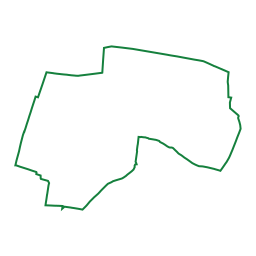 outline of Melchor Ocampo, México, Mexico
{"feature_id": "50627088B63143835112864", "entity_name": "Melchor Ocampo", "entity_type": "district", "adm_level": 2, "iso_a3": "MEX", "parent_name": "Mexico", "parent_adm1": "México", "projection": "albers", "projection_center": [-99.133, 19.708], "detail": "fine", "context": "isolated", "style": "outline", "palette": "green", "viewbox_px": 256, "rotation_deg": 0, "n_neighbors": 0, "source": "geoboundaries", "source_scale": "gbopen_adm2", "svg_char_len": 3008}
<svg xmlns="http://www.w3.org/2000/svg" viewBox="0 0 256 256"><path d="M98.5,193.4L98.8,193.0L99.9,191.9L100.0,191.7L101.6,190.0L102.7,188.9L103.6,188.0L104.3,187.3L106.1,185.5L107.9,183.8L109.2,183.2L111.0,182.4L112.8,181.4L113.2,181.1L113.7,181.0L114.0,180.9L116.2,180.2L118.2,179.6L119.9,179.1L120.9,178.8L121.9,178.5L123.5,177.6L125.4,176.3L126.0,175.9L126.6,175.3L127.2,174.8L127.4,174.6L129.1,173.3L130.9,171.9L131.9,171.1L132.7,170.3L133.5,169.6L133.7,169.2L134.7,167.1L134.6,166.0L134.6,165.8L135.0,164.8L135.3,164.4L136.6,164.3L136.2,163.0L135.6,161.8L135.7,161.4L135.8,160.4L137.1,151.3L136.9,150.2L137.5,145.7L137.8,144.2L138.0,142.5L138.2,140.6L138.6,136.9L140.6,137.1L141.1,136.9L142.2,137.1L142.5,137.1L143.8,137.3L145.1,137.3L146.6,137.8L148.2,138.2L148.8,138.7L153.8,139.5L154.8,139.7L155.7,139.8L156.0,139.9L157.0,140.2L159.3,141.0L159.9,141.9L160.6,142.3L163.0,143.5L165.2,144.9L166.9,146.1L167.0,146.2L168.8,147.2L169.8,147.5L171.5,147.5L172.8,147.9L173.4,148.4L174.9,149.9L177.0,151.9L178.4,153.4L179.4,154.1L180.8,154.9L182.1,155.8L184.4,157.6L186.9,159.2L190.4,161.7L192.3,163.1L195.0,164.5L197.0,165.4L199.0,166.2L200.6,166.3L202.6,166.4L207.4,167.3L212.4,168.5L214.1,168.9L215.0,169.2L216.4,169.6L219.2,170.4L220.4,170.8L221.4,169.4L222.6,167.7L224.6,164.8L225.4,163.6L226.3,162.4L226.7,161.8L228.2,159.2L229.0,157.8L229.7,156.3L230.4,154.7L231.1,153.0L231.7,151.6L232.3,150.2L234.0,145.9L235.7,141.6L237.3,137.3L239.0,133.1L240.6,128.8L240.2,125.1L239.4,121.9L238.2,118.3L238.2,117.4L238.7,116.1L238.4,115.4L234.0,111.6L231.0,109.0L230.1,108.3L230.0,106.6L229.9,102.5L231.2,97.6L228.4,97.2L228.3,91.4L228.2,85.5L227.8,82.8L227.7,81.8L228.1,77.0L228.6,72.2L225.6,70.9L220.5,68.7L215.4,66.5L214.6,66.2L213.9,66.0L213.4,65.7L208.2,63.3L203.9,61.4L202.9,61.1L198.6,60.3L194.3,59.6L190.0,58.8L185.6,58.0L181.3,57.2L177.0,56.4L171.3,55.5L169.0,55.1L167.5,54.8L145.7,51.1L132.7,48.9L122.1,47.6L111.5,46.4L107.7,47.1L104.0,47.9L103.1,60.3L102.3,72.7L102.1,72.8L99.5,73.1L94.9,73.7L87.7,74.6L83.6,75.1L80.2,75.5L78.2,75.8L75.7,75.7L75.1,75.6L71.5,75.3L68.1,74.9L66.9,74.7L64.3,74.5L61.3,74.2L60.5,74.1L59.7,74.0L56.7,73.7L56.1,73.6L53.7,73.3L53.4,73.2L50.4,72.8L47.1,72.4L46.5,72.3L42.3,84.8L38.0,97.3L36.3,96.8L35.6,96.6L34.4,100.5L33.1,104.4L31.8,108.4L30.6,112.3L29.3,116.2L28.1,120.1L26.8,124.0L25.6,127.9L24.3,131.8L24.1,131.7L22.9,135.2L20.9,142.9L19.9,147.2L19.0,151.5L18.9,151.8L18.1,154.7L16.6,160.1L15.4,165.3L16.0,165.3L20.0,166.7L24.1,168.0L28.2,169.3L32.2,170.7L36.3,172.0L36.5,172.3L36.3,174.1L40.6,175.5L40.7,178.5L40.9,178.9L47.7,180.8L48.0,180.9L49.1,183.1L48.6,185.0L48.4,186.1L47.9,189.6L47.2,194.2L47.1,194.4L46.5,198.7L45.8,203.1L45.5,205.3L50.5,205.5L54.5,205.7L58.6,205.8L62.6,206.0L62.2,208.7L64.5,206.7L69.6,207.4L71.1,207.6L71.4,207.7L73.5,208.0L76.0,208.4L77.1,208.6L77.3,208.6L78.3,208.8L79.0,208.9L79.5,209.0L81.0,209.3L82.5,209.6L86.0,206.1L87.0,205.0L89.8,201.6L90.2,201.2L94.4,197.0L94.8,196.7L98.5,193.4Z" fill="none" stroke="#15803d" stroke-width="2"/></svg>